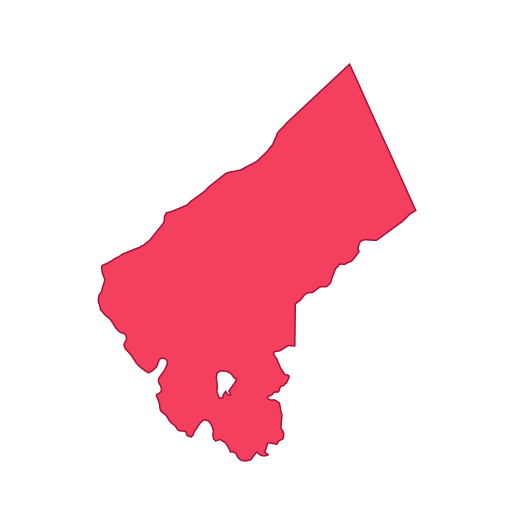 the border of Rif Dimashq, rotated 279°
{"feature_id": "SYR-144", "entity_name": "Rif Dimashq", "entity_type": "Province", "adm_level": 1, "iso_a3": "SYR", "parent_name": "Syria", "parent_adm1": "", "projection": "albers", "projection_center": [36.607, 33.459], "detail": "fine", "context": "isolated", "style": "filled", "palette": "rose", "viewbox_px": 512, "rotation_deg": 279, "n_neighbors": 0, "source": "natural_earth", "source_scale": "10m", "svg_char_len": 5150}
<svg xmlns="http://www.w3.org/2000/svg" viewBox="0 0 512 512"><g transform="rotate(279 256 256)"><path d="M152.9,141.0L155.1,140.9L157.8,139.6L158.7,137.8L159.0,135.5L159.9,132.7L163.1,128.7L170.4,122.4L174.2,116.1L178.7,111.0L178.7,110.8L182.0,109.8L185.9,107.6L188.5,107.1L192.3,107.0L193.1,107.2L196.0,108.8L207.5,110.3L209.0,110.3L209.4,110.2L215.0,107.0L219.9,105.4L221.2,105.3L221.9,105.3L222.9,106.1L224.9,109.1L225.0,109.4L225.5,110.2L229.1,114.7L231.4,117.0L233.8,120.6L236.7,123.6L237.7,124.9L238.8,127.0L241.2,130.8L242.2,132.6L242.4,132.8L243.6,134.7L243.8,135.3L245.5,138.1L245.6,138.6L245.9,139.1L246.4,140.0L246.6,140.2L247.4,140.8L247.6,141.0L248.1,141.6L248.8,143.0L254.4,148.0L256.2,149.4L257.2,149.9L257.3,149.9L273.3,159.1L275.0,159.7L275.7,159.8L277.5,159.8L280.7,159.4L283.9,160.5L284.9,161.2L285.0,161.5L285.2,161.8L285.3,162.1L285.4,162.5L286.4,165.0L286.9,165.8L287.0,166.1L295.6,180.0L296.8,181.0L299.3,182.6L312.4,195.7L315.2,197.4L316.9,198.6L332.8,213.2L333.8,214.9L335.4,218.6L335.7,219.8L335.8,220.3L336.0,220.6L336.9,223.2L337.5,224.4L338.4,227.1L349.6,242.0L360.8,250.5L365.5,253.1L367.1,254.2L369.6,255.3L375.8,256.8L377.4,257.4L380.2,257.8L380.4,257.9L380.8,258.0L382.3,258.8L383.3,259.4L387.5,262.6L392.5,265.7L460.1,318.4L446.4,327.5L418.0,346.0L397.2,359.8L369.2,378.3L341.0,396.8L325.9,406.7L323.1,403.1L321.6,401.5L313.5,395.6L290.9,373.1L290.4,372.4L290.3,372.2L290.3,371.9L290.1,371.2L289.3,362.2L288.8,360.3L288.5,359.6L288.2,359.0L287.5,357.9L286.4,356.7L283.8,355.9L279.0,355.7L278.2,355.9L277.8,356.4L277.5,356.6L277.3,356.7L276.7,357.0L276.3,357.0L274.2,356.1L265.8,351.2L265.5,350.0L265.2,349.6L264.8,349.2L264.4,348.8L264.3,348.6L264.2,348.3L264.0,348.1L263.8,347.8L263.6,347.2L263.4,346.9L263.0,346.5L262.7,346.3L262.7,346.2L262.1,345.6L261.8,345.0L261.5,344.5L261.4,344.2L261.3,342.8L261.4,342.1L261.5,341.6L261.4,341.3L261.4,341.0L261.3,340.6L261.1,340.3L260.9,340.0L260.7,339.8L260.2,339.4L258.3,338.3L257.4,337.7L257.0,337.3L256.7,337.1L255.9,336.5L245.2,334.3L244.2,334.3L241.4,333.9L240.8,333.6L237.4,331.1L237.0,330.6L236.8,330.3L236.7,330.0L236.5,329.3L236.4,328.5L236.2,326.8L235.8,325.1L235.5,324.4L235.3,324.0L235.0,323.6L229.1,317.7L228.8,317.2L228.5,316.6L228.1,314.2L228.0,313.6L227.3,312.3L225.5,310.2L224.9,309.8L220.2,307.2L218.7,306.1L217.4,304.7L216.6,304.1L215.1,302.5L214.8,302.3L173.3,308.4L172.9,306.3L172.8,303.1L172.7,302.8L172.6,302.4L172.5,302.1L172.2,301.5L172.0,301.2L166.4,294.7L166.1,294.1L165.8,293.5L165.1,291.1L164.8,290.5L164.5,289.9L164.3,289.5L164.0,289.1L163.4,288.6L162.7,288.6L162.2,288.7L159.4,290.6L158.5,291.7L158.0,292.3L149.9,297.3L149.2,297.8L144.2,302.3L143.7,303.2L143.6,303.5L143.5,303.8L143.3,306.0L143.2,306.3L143.1,306.7L143.0,307.0L142.9,307.1L142.5,307.4L142.2,307.5L141.3,307.5L140.0,307.3L135.7,306.0L135.0,305.6L134.6,305.1L134.1,304.7L132.5,303.6L132.3,303.4L132.1,303.1L131.5,301.5L131.3,301.3L131.1,301.0L130.6,300.6L130.3,300.5L129.6,300.3L126.6,299.9L126.1,299.7L125.8,299.5L125.5,299.4L125.3,299.1L125.1,298.9L125.0,298.6L124.9,298.2L124.7,296.2L124.6,295.8L124.4,295.5L124.2,295.3L124.0,295.1L123.8,294.9L122.0,293.9L121.7,293.7L121.3,293.3L120.5,292.3L119.2,290.0L118.9,289.8L118.7,289.6L118.4,289.4L118.1,289.3L117.7,289.6L117.1,290.2L116.3,292.1L116.1,292.9L116.0,293.6L116.6,295.7L116.7,296.5L116.7,296.9L116.6,297.2L116.6,297.3L116.4,298.0L116.1,298.7L115.2,300.4L114.6,301.9L113.0,302.7L106.1,305.0L103.6,306.3L102.9,306.5L89.9,307.5L89.6,307.7L87.2,309.8L86.2,310.6L85.6,310.9L84.5,311.2L83.6,311.4L80.5,311.3L79.4,311.0L78.8,310.3L77.8,308.4L77.2,307.8L76.7,307.4L73.2,305.9L73.4,304.6L73.5,303.7L73.5,300.8L73.6,299.1L73.6,298.3L73.6,297.9L73.5,297.5L73.1,297.1L72.5,296.8L70.4,296.4L68.5,296.3L64.7,295.6L64.3,295.6L63.9,295.7L63.3,296.0L63.0,296.2L62.8,296.4L62.7,296.7L62.6,297.0L62.4,297.8L62.1,298.4L62.0,298.7L61.8,299.0L61.4,298.9L61.0,298.4L60.0,296.0L59.8,295.4L59.8,295.0L59.7,294.1L59.8,293.3L60.0,292.1L60.3,291.0L60.6,290.5L60.7,290.2L61.4,289.1L62.2,288.1L62.4,287.8L62.4,287.4L60.7,286.3L53.9,282.7L52.5,279.4L51.8,277.0L51.8,274.4L52.6,271.8L54.3,269.6L57.0,267.7L58.4,266.2L58.9,264.3L58.4,261.4L61.5,259.6L66.6,255.3L69.2,249.1L67.0,245.1L68.9,242.5L72.8,241.3L76.6,241.3L79.7,239.9L83.1,237.7L85.7,234.7L86.2,231.1L84.8,228.9L82.0,226.8L79.0,225.3L76.7,224.6L72.9,222.5L69.3,221.8L67.1,220.4L67.8,216.2L68.5,215.5L70.6,214.7L71.4,214.0L71.8,212.1L71.4,208.5L71.6,206.9L72.9,205.1L75.9,202.4L76.9,200.2L79.1,196.8L84.6,192.2L86.8,188.0L88.4,185.9L91.0,184.8L94.1,184.1L96.9,182.8L102.8,179.3L103.8,179.9L105.9,182.5L107.2,183.4L110.6,183.3L113.3,181.7L115.5,179.9L118.0,179.0L120.9,179.5L129.2,183.7L135.4,185.2L138.5,184.7L140.5,182.1L140.2,178.0L137.4,176.3L131.0,175.2L126.2,171.4L125.1,170.2L124.1,168.3L123.8,167.6L127.3,160.5L129.6,157.0L132.2,153.9L138.6,148.2L144.1,141.3L147.5,139.5L149.4,139.7L152.9,141.0ZM131.6,256.0L132.2,253.5L136.0,249.7L137.5,245.4L137.2,241.8L137.3,239.6L134.7,236.0L130.1,235.7L121.0,238.3L116.1,238.5L109.8,242.0L111.1,245.6L113.6,245.3L117.5,247.2L114.0,250.8L114.9,252.8L118.6,250.3L128.5,255.4L131.6,256.0Z" fill="#f43f5e" stroke="#9f1239" stroke-width="1.5"/></g></svg>